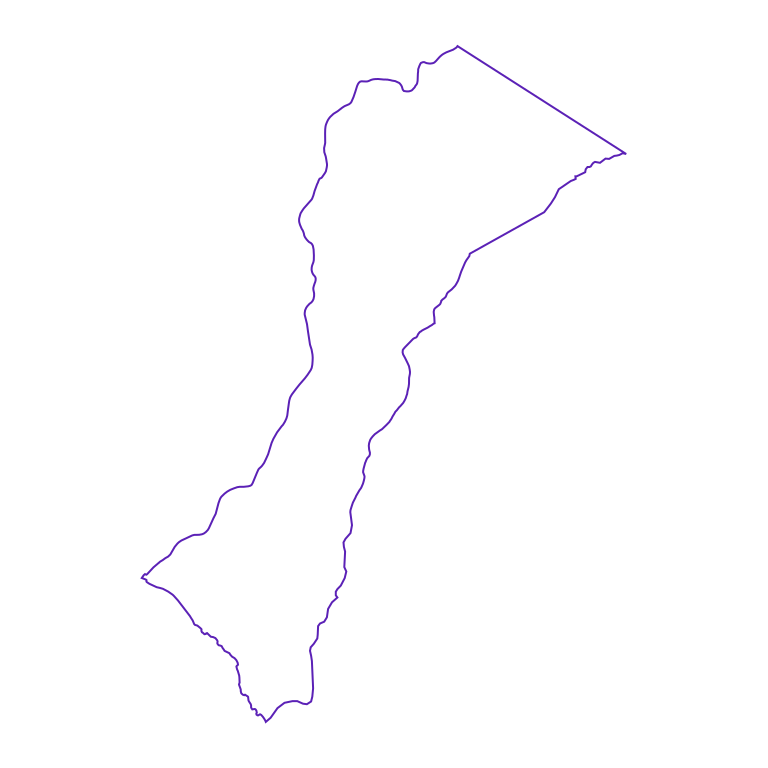 outline of Morne Sion, Choiseul, Saint Lucia
{"feature_id": "8701671B5294461890646", "entity_name": "Morne Sion", "entity_type": "district", "adm_level": 2, "iso_a3": "LCA", "parent_name": "Saint Lucia", "parent_adm1": "Choiseul", "projection": "robinson", "projection_center": [-61.055, 13.791], "detail": "fine", "context": "isolated", "style": "outline", "palette": "violet", "viewbox_px": 768, "rotation_deg": 0, "n_neighbors": 0, "source": "geoboundaries", "source_scale": "gbopen_adm2", "svg_char_len": 6065}
<svg xmlns="http://www.w3.org/2000/svg" viewBox="0 0 768 768"><path d="M457.5,46.1L456.9,47.0L456.2,47.7L453.1,49.7L446.4,52.3L443.4,53.9L441.8,55.0L440.2,56.4L439.1,57.5L436.0,61.0L434.5,62.4L433.6,62.9L432.7,63.2L430.9,63.5L429.0,63.5L426.5,63.1L424.1,62.1L423.7,62.1L422.8,62.2L421.0,62.9L420.4,63.7L419.3,66.1L418.2,69.2L418.1,71.8L417.9,73.3L417.6,80.9L417.1,83.4L416.6,84.4L415.4,85.9L414.7,87.3L412.0,90.2L411.1,90.7L409.2,91.3L408.2,91.4L406.7,91.4L403.9,91.0L402.8,89.7L401.9,86.7L401.2,85.3L399.9,83.6L399.1,82.9L395.2,81.1L392.1,80.6L390.6,80.2L387.4,79.6L383.5,79.5L378.1,79.0L375.2,79.1L373.3,79.3L372.1,79.6L371.1,79.9L368.7,81.0L367.4,81.4L366.0,81.5L361.4,81.3L360.0,81.7L358.9,82.7L358.0,84.0L357.1,86.0L355.2,92.1L353.5,97.1L351.8,101.0L351.4,101.9L350.5,103.1L348.9,104.3L344.9,106.0L344.0,106.5L341.9,107.9L337.7,111.2L333.5,113.8L330.3,116.8L329.0,118.4L327.9,120.1L327.0,122.0L326.0,124.5L325.7,125.6L325.5,126.6L325.2,129.3L325.1,133.4L325.2,142.9L324.9,144.5L324.1,148.1L324.3,152.2L325.7,156.4L326.1,158.5L327.0,164.1L327.0,165.6L326.7,167.6L325.9,171.3L324.9,173.1L321.9,177.4L321.4,177.9L319.6,178.7L318.6,180.6L317.9,182.6L317.1,184.2L314.6,191.0L313.4,195.4L312.2,198.5L311.7,199.4L311.2,200.0L303.8,208.4L302.2,210.7L300.6,213.3L300.1,214.9L299.2,218.4L299.1,219.5L299.1,221.1L299.3,222.4L300.0,224.8L301.7,228.8L302.7,230.4L303.2,231.5L303.9,233.6L304.2,235.4L304.9,237.0L305.4,237.8L306.7,239.6L307.9,240.9L309.0,242.0L311.1,243.2L312.1,244.3L312.9,245.9L313.6,249.5L313.9,255.5L313.8,260.1L313.4,262.1L312.1,265.6L311.7,267.6L311.6,269.9L312.0,271.8L312.6,273.4L313.3,274.6L314.6,276.1L315.2,276.9L315.6,278.0L315.7,278.9L315.6,280.4L315.2,282.0L314.6,283.5L313.8,286.0L313.3,288.1L313.4,289.9L314.1,293.3L314.1,296.1L313.5,299.1L312.6,300.9L311.4,302.4L309.5,303.8L307.3,306.2L306.2,307.8L305.1,310.3L304.7,313.0L304.7,314.7L307.0,324.1L308.0,331.5L310.0,344.6L311.6,349.6L312.5,354.7L312.7,357.6L312.6,361.0L312.3,364.8L311.7,367.9L310.7,370.1L307.5,374.9L304.9,378.3L299.6,384.4L296.1,388.8L291.9,394.4L290.5,396.8L290.0,398.0L289.3,400.5L289.0,402.3L288.0,409.5L287.4,414.5L287.2,415.8L286.4,418.5L284.9,421.7L283.8,423.5L283.0,424.8L281.6,426.3L277.1,432.3L273.4,438.8L271.6,442.9L268.1,454.3L266.3,458.3L264.1,462.9L262.1,465.7L261.0,466.9L259.1,468.6L258.4,469.5L257.0,472.6L252.7,483.0L252.0,484.2L251.5,485.0L250.4,485.7L248.3,486.3L243.8,486.8L239.7,486.8L237.2,487.2L233.8,488.4L230.3,489.8L227.2,491.6L224.6,493.6L221.4,496.7L220.7,497.7L220.0,499.0L218.5,503.1L215.7,513.8L213.4,518.3L208.9,528.2L207.8,530.0L205.8,532.1L203.7,533.6L201.9,534.3L199.1,534.8L194.3,534.9L192.3,535.4L181.4,540.5L178.9,542.2L177.4,543.6L174.7,546.9L170.3,554.5L168.8,555.9L168.1,556.6L165.4,558.1L162.7,560.1L160.2,561.6L153.5,567.3L147.2,574.1L146.4,574.7L145.4,574.4L145.0,574.1L143.7,575.2L141.8,578.0L145.7,579.5L146.5,580.1L146.4,581.4L146.7,582.0L149.4,583.8L156.7,587.2L159.8,587.9L162.9,588.8L168.2,591.6L172.5,594.6L173.7,595.7L178.0,600.5L190.1,616.3L190.7,617.4L192.7,620.5L194.2,624.1L195.0,624.9L197.4,625.6L200.3,628.0L201.4,629.1L201.5,629.5L201.4,630.9L202.0,632.3L202.8,632.7L204.4,634.2L205.8,634.0L206.3,633.3L207.1,633.1L210.8,636.7L213.2,637.1L215.4,638.1L217.1,640.2L217.4,640.8L217.6,641.7L217.3,643.1L217.5,643.8L218.6,645.2L220.4,645.6L221.6,646.1L222.8,648.3L223.6,649.3L224.6,650.9L229.4,653.2L230.3,654.7L232.1,656.7L234.5,658.1L236.3,660.1L237.6,662.6L238.0,664.6L237.6,665.3L236.8,665.8L236.4,666.6L237.1,669.4L237.8,670.9L239.2,675.6L239.4,677.6L239.6,682.7L239.3,683.3L239.0,684.6L240.7,689.4L240.8,691.4L241.3,693.3L242.8,694.7L244.2,695.2L245.0,694.7L247.8,696.5L248.1,696.9L248.5,700.5L249.0,701.5L250.7,704.1L251.1,705.4L251.1,707.4L251.6,708.4L252.3,709.4L253.5,709.2L254.2,709.0L255.3,709.2L255.8,709.7L256.4,710.7L256.7,712.2L256.8,712.6L256.3,713.7L256.5,714.6L257.4,715.3L258.4,715.3L259.7,714.4L260.1,714.3L261.2,714.9L262.8,716.7L264.2,718.7L265.4,720.8L265.8,721.9L270.6,717.8L277.5,708.1L284.5,702.8L292.6,701.1L297.2,701.1L303.0,703.7L306.9,704.2L311.1,701.5L312.3,696.7L313.1,688.3L311.9,661.0L311.1,655.7L310.0,650.8L310.7,647.3L313.8,643.8L317.3,638.5L317.7,634.9L318.1,626.1L320.0,623.5L324.2,621.7L326.9,617.3L328.1,608.9L332.0,602.3L337.4,597.5L335.8,595.3L335.8,591.7L337.4,589.1L340.8,585.6L344.7,578.1L346.3,571.5L344.3,567.1L345.1,551.6L343.9,546.8L343.5,542.4L345.5,538.8L350.5,533.1L352.0,525.2L350.3,512.2L350.5,510.1L351.9,505.6L352.9,502.6L355.5,497.5L356.1,496.0L359.4,490.3L361.0,488.1L361.5,487.1L363.0,483.6L363.8,480.8L364.3,478.6L364.5,477.2L364.5,476.2L363.1,472.2L363.2,470.7L363.6,468.6L365.2,462.7L365.7,461.7L366.1,460.5L367.2,458.2L369.4,455.8L369.9,454.2L369.9,452.5L369.4,450.7L369.1,449.3L368.8,445.7L369.1,443.3L369.4,442.3L370.3,439.7L371.2,438.3L372.7,436.4L374.8,434.2L379.9,430.5L382.0,429.2L386.4,425.0L389.4,421.9L389.9,421.0L391.1,419.3L391.9,417.9L392.5,416.6L394.2,413.9L395.4,411.7L396.8,410.3L399.1,407.3L400.2,406.3L403.2,402.9L404.5,400.7L405.7,398.3L406.3,396.4L406.6,395.4L407.1,394.2L407.5,391.4L408.6,386.9L409.0,383.9L409.1,377.9L409.9,373.9L410.0,371.9L409.7,369.6L409.0,366.2L407.8,363.5L405.1,358.0L403.1,354.4L402.6,352.4L402.8,350.0L403.7,348.7L405.2,347.0L413.0,339.0L414.4,338.1L415.9,337.6L416.8,336.8L417.2,336.2L418.1,334.2L419.8,332.0L420.7,331.6L421.6,330.8L423.5,329.7L427.7,327.6L430.0,326.1L431.8,325.1L433.7,323.6L434.6,323.3L434.3,317.2L434.0,315.3L433.7,311.9L434.1,309.8L434.5,308.9L435.3,308.0L439.4,304.8L440.0,304.2L440.3,303.8L441.2,301.5L441.2,300.9L442.5,299.5L443.8,298.6L445.5,297.1L446.0,296.2L447.0,293.6L447.9,292.4L451.7,289.4L455.2,285.7L456.6,283.4L458.0,280.8L459.1,277.9L459.9,275.4L461.2,271.6L465.1,262.5L466.4,260.2L469.3,256.1L469.8,253.7L544.2,212.2L550.9,203.5L555.0,197.1L558.8,189.2L570.8,181.0L573.9,179.8L575.7,178.9L575.4,176.3L576.7,176.3L585.2,172.2L585.7,169.3L587.5,167.0L589.5,167.0L590.8,166.4L592.1,164.3L593.4,162.8L595.0,161.9L600.0,162.8L605.5,158.6L609.1,158.9L614.3,155.9L616.7,155.6L619.3,155.0L622.7,153.2L626.2,154.0L457.5,46.1Z" fill="none" stroke="#5b21b6" stroke-width="2"/></svg>